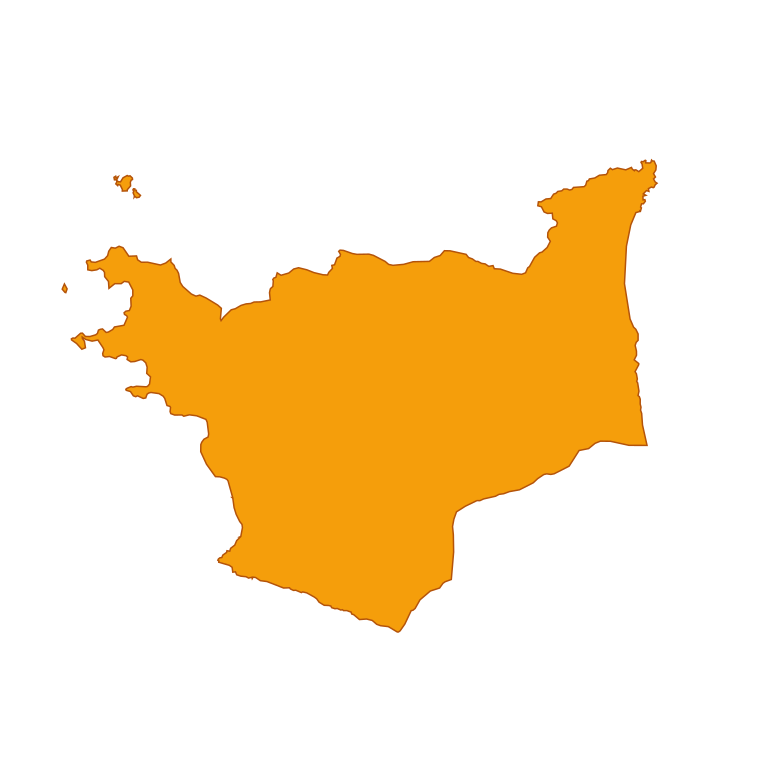 Butiam, Mara, United Republic of Tanzania (Albers equal-area conic projection), rotated 351°
{"feature_id": "72390352B35299561044003", "entity_name": "Butiam", "entity_type": "district", "adm_level": 2, "iso_a3": "TZA", "parent_name": "United Republic of Tanzania", "parent_adm1": "Mara", "projection": "albers", "projection_center": [33.892, -1.67], "detail": "fine", "context": "isolated", "style": "filled", "palette": "amber", "viewbox_px": 768, "rotation_deg": 351, "n_neighbors": 0, "source": "geoboundaries", "source_scale": "gbopen_adm2", "svg_char_len": 6155}
<svg xmlns="http://www.w3.org/2000/svg" viewBox="0 0 768 768"><g transform="rotate(351 384 384)"><path d="M634.2,485.8L632.9,465.0L633.9,453.3L633.3,450.0L634.2,447.1L633.9,443.9L634.7,439.1L634.2,436.4L633.1,435.2L634.7,431.0L634.7,422.5L634.0,421.0L635.0,418.7L634.9,413.4L633.9,411.1L638.6,404.8L638.8,403.6L634.9,399.3L637.9,395.1L638.5,391.0L638.1,385.2L639.6,382.3L641.8,380.6L642.8,374.3L641.3,369.4L639.4,366.9L637.2,358.3L637.2,322.5L645.0,285.8L652.6,265.5L659.6,254.1L663.8,253.6L663.8,253.1L664.3,253.5L665.8,250.3L665.1,249.4L666.6,246.3L668.4,246.6L670.7,244.4L670.5,242.7L668.7,242.7L669.1,239.0L672.2,238.6L669.8,236.8L673.5,234.0L675.8,235.2L675.7,232.4L678.9,231.3L680.6,232.2L681.5,231.9L683.1,229.6L685.1,228.4L683.4,226.8L682.3,223.6L684.5,222.0L683.1,218.4L686.0,215.1L687.0,211.1L685.7,206.1L684.0,205.7L683.3,204.7L682.2,207.0L681.1,207.3L677.0,206.5L677.6,204.3L677.0,203.9L674.7,205.0L673.1,204.5L672.5,205.3L673.3,207.1L673.3,211.4L668.9,214.1L666.6,212.1L665.4,211.7L664.6,212.5L662.8,210.5L662.3,208.8L656.3,210.3L648.3,207.2L643.1,208.0L641.3,206.3L638.6,208.2L638.0,210.2L636.3,211.9L629.4,211.5L624.4,213.5L618.9,213.6L617.8,215.1L616.1,215.4L614.3,219.2L612.5,220.4L601.9,219.5L600.1,221.2L597.8,221.5L595.3,220.1L592.0,219.6L589.8,221.0L585.8,221.0L583.8,222.5L581.2,223.0L577.7,226.9L572.9,226.6L567.7,228.7L565.0,228.2L563.8,232.0L567.2,233.6L569.0,239.1L572.1,241.1L576.9,241.6L576.6,247.3L579.6,249.6L580.5,252.0L579.0,255.1L573.8,256.0L571.3,257.8L569.5,260.2L568.6,264.6L570.6,269.1L566.5,274.7L560.8,278.4L558.1,278.8L552.6,282.4L546.1,290.7L544.1,291.8L541.2,296.3L537.2,297.2L528.5,294.8L516.9,288.7L511.0,287.4L510.2,284.1L505.9,284.2L502.7,281.2L499.2,280.1L495.9,277.6L493.9,277.3L490.9,274.3L487.3,272.3L485.4,268.8L470.1,262.8L464.5,261.8L459.6,265.9L453.5,266.9L448.0,270.0L431.9,267.8L422.2,268.9L411.4,268.2L407.3,266.6L404.3,263.1L393.7,255.3L389.5,253.4L377.5,251.7L373.2,250.2L364.8,245.7L361.5,244.9L360.0,245.9L361.3,249.1L360.5,251.0L357.2,252.3L353.8,258.5L351.0,258.7L351.1,261.8L346.9,265.1L345.3,267.5L340.9,266.6L332.2,263.0L325.6,259.1L317.8,255.8L312.8,256.3L307.3,259.5L299.3,260.5L295.9,257.5L293.9,261.7L291.6,262.2L290.5,263.5L290.8,264.8L289.5,270.3L286.8,272.0L286.2,273.2L285.2,275.9L284.8,283.2L275.0,283.6L268.5,282.7L264.9,283.6L260.3,283.3L255.1,284.0L248.8,286.4L244.7,286.8L236.1,292.9L233.0,295.9L232.6,294.1L235.2,283.8L232.1,280.0L221.7,271.2L216.0,267.4L212.0,267.8L207.8,265.0L200.5,256.2L198.6,251.8L198.4,242.6L197.3,239.1L195.8,237.2L195.3,234.0L192.6,230.1L193.0,227.2L187.3,230.4L181.8,231.5L169.5,226.7L163.4,225.8L160.1,222.8L159.6,218.8L152.0,217.9L147.6,208.6L143.9,206.5L139.9,207.8L136.0,206.5L132.9,209.8L131.1,214.0L127.5,216.9L117.9,218.7L113.9,217.6L113.1,215.6L109.6,216.0L109.1,217.2L110.0,220.2L109.3,224.9L113.1,226.3L118.2,226.3L121.4,225.2L124.5,227.9L125.4,230.0L124.9,234.3L127.9,239.6L127.3,246.5L133.8,242.8L140.1,243.8L143.5,242.0L147.8,243.4L150.6,251.8L149.7,257.6L147.3,259.7L146.4,267.6L144.0,271.6L140.4,271.7L138.4,273.0L138.6,274.7L140.5,276.2L141.1,277.9L136.4,285.3L126.7,285.5L124.6,287.7L119.8,289.6L117.6,289.6L114.6,285.6L112.3,285.6L110.4,286.1L108.9,289.2L107.0,290.3L101.0,291.1L96.5,290.3L94.1,286.6L92.3,286.4L86.0,290.4L83.9,289.9L82.3,290.5L82.3,291.6L86.7,295.9L91.0,302.4L94.8,301.5L94.8,294.9L93.2,291.8L93.3,290.4L96.3,293.3L102.4,296.0L108.3,295.8L112.1,304.1L112.7,306.4L110.9,309.9L110.9,312.1L112.7,313.7L117.2,313.9L122.7,316.9L123.7,316.8L124.6,315.5L129.3,314.2L133.6,315.7L135.0,317.2L134.1,319.6L137.4,322.5L141.4,322.8L147.7,321.8L149.6,322.7L152.0,325.8L152.7,330.3L151.3,336.4L154.5,340.4L152.4,347.4L150.0,349.4L148.4,349.5L139.2,347.5L135.5,347.8L133.8,347.0L129.6,348.0L128.2,348.8L128.4,349.9L132.4,351.8L134.6,356.5L136.8,357.7L138.7,357.1L143.9,360.6L146.5,360.5L148.4,357.0L150.2,356.1L152.5,355.9L160.3,358.3L164.0,361.5L165.2,364.0L166.3,371.3L169.0,372.6L169.5,373.7L168.4,377.8L168.8,379.9L172.3,381.9L179.6,383.0L181.2,384.5L186.9,384.0L194.0,386.1L202.6,391.1L203.4,394.1L203.0,405.9L202.0,408.8L197.5,410.4L194.9,413.0L193.6,415.2L192.4,422.2L196.1,435.4L203.0,449.1L207.3,450.0L211.7,452.0L213.9,453.6L214.8,455.2L216.8,472.6L216.3,472.5L216.8,473.1L216.6,482.7L217.6,489.6L220.0,497.3L221.8,500.5L221.7,503.8L218.7,512.2L217.2,512.6L217.8,512.9L214.0,515.6L211.4,519.8L206.8,522.3L205.5,525.0L202.8,524.1L202.2,525.7L198.0,527.8L196.7,530.0L194.7,530.0L193.1,530.9L192.3,532.1L193.2,533.0L192.9,534.2L202.9,538.9L205.3,541.3L205.2,546.2L207.9,546.3L208.7,549.4L212.5,551.4L217.7,552.8L219.9,554.5L223.3,554.2L223.4,555.6L224.5,554.3L226.9,555.0L231.1,558.9L237.5,560.8L252.9,569.8L258.8,570.5L259.5,571.8L262.3,573.7L264.6,573.9L269.8,577.1L271.1,576.6L275.0,578.2L281.8,583.5L283.9,585.6L285.8,589.4L290.3,593.2L294.7,594.1L296.8,595.0L297.3,596.7L300.4,598.3L302.7,598.4L306.0,600.5L307.6,600.4L308.6,601.5L311.9,602.0L314.0,603.2L315.8,604.1L316.1,606.1L318.0,607.1L322.9,612.8L330.0,613.4L335.4,615.7L339.2,620.2L342.8,622.2L350.3,624.3L358.3,631.0L359.5,631.2L361.3,630.3L367.0,624.4L375.4,612.1L377.2,612.0L379.6,610.6L385.8,602.8L397.4,595.7L407.0,594.2L411.0,590.1L413.4,588.9L419.9,587.6L426.5,560.8L428.9,543.8L429.4,535.5L431.9,528.4L435.6,521.6L445.3,517.4L457.5,513.7L460.5,514.2L464.4,513.1L476.6,512.3L480.3,511.0L485.1,511.1L491.1,509.9L501.2,509.7L516.0,504.9L521.0,501.5L527.7,498.4L530.6,498.2L534.6,499.4L538.0,499.3L554.0,494.1L566.3,480.2L576.0,479.8L583.2,475.6L588.8,474.3L598.7,476.0L616.4,482.9L634.2,485.8ZM164.0,138.7L163.0,137.9L158.5,139.5L155.4,143.1L153.4,142.7L151.8,141.1L151.8,142.5L150.4,144.4L152.0,146.4L152.6,145.3L154.6,146.3L156.0,150.9L155.7,152.5L160.6,153.1L160.9,151.9L164.7,148.7L165.0,145.1L166.2,143.1L167.6,142.7L167.7,141.2L165.8,138.7L164.0,138.7ZM173.0,159.6L169.5,155.4L169.7,154.0L168.3,153.3L168.4,152.3L167.1,152.0L166.4,153.0L167.0,154.5L166.1,155.9L166.9,159.1L166.5,160.4L167.3,159.7L168.7,161.3L171.4,161.2L173.0,159.6ZM84.0,244.0L85.9,240.5L84.0,235.2L81.0,240.0L83.2,243.6L84.0,244.0ZM151.6,138.6L151.5,136.8L149.6,137.6L149.7,140.2L152.0,140.5L153.9,137.7L151.6,138.6Z" fill="#f59e0b" stroke="#b45309" stroke-width="1.5"/></g></svg>